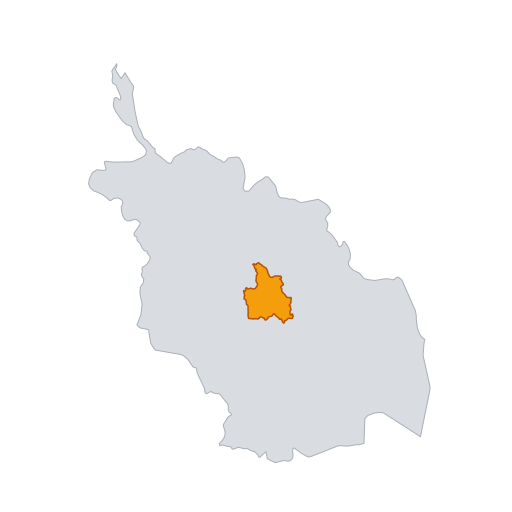 Afghanistan, with Daykundi highlighted, rotated 263°
{"feature_id": "AFG-1753", "entity_name": "Daykundi", "entity_type": "Province", "adm_level": 1, "iso_a3": "AFG", "parent_name": "Afghanistan", "parent_adm1": "", "projection": "robinson", "projection_center": [66.112, 33.734], "detail": "fine", "context": "in_parent", "style": "filled", "palette": "amber", "viewbox_px": 512, "rotation_deg": 263, "n_neighbors": 0, "source": "natural_earth", "source_scale": "10m", "svg_char_len": 8183}
<svg xmlns="http://www.w3.org/2000/svg" viewBox="0 0 512 512"><g transform="rotate(263 256 256)"><path d="M222.3,137.1L232.5,136.2L239.4,137.5L243.1,140.9L246.6,141.8L250.1,140.2L252.3,139.9L253.1,140.9L254.9,141.4L257.5,141.2L259.0,142.2L259.4,144.2L261.4,146.9L265.0,150.1L268.1,150.8L272.3,148.3L273.7,148.6L274.3,147.8L274.7,146.0L277.2,144.3L281.8,142.7L284.4,141.3L285.3,140.1L286.8,139.8L288.5,140.2L289.7,139.7L290.6,138.1L292.2,137.5L293.6,137.8L300.0,143.6L302.4,145.3L303.5,145.0L306.7,141.9L307.1,139.0L306.2,135.3L306.7,132.2L308.8,129.9L312.6,128.5L318.1,128.0L321.6,128.3L322.9,129.5L324.6,130.1L326.7,130.3L328.7,128.9L330.4,126.1L330.5,122.6L328.8,118.4L329.2,117.1L332.0,115.0L335.0,111.8L337.8,107.8L340.5,102.8L343.8,99.8L347.9,98.6L352.8,100.0L358.7,103.8L361.0,108.5L359.7,114.2L359.6,117.3L360.8,117.8L367.4,116.8L368.3,117.6L368.3,119.1L367.4,121.5L366.3,128.2L364.6,144.7L367.6,154.5L369.6,158.3L371.6,159.6L373.5,160.0L375.5,159.7L379.5,157.2L385.4,152.5L391.3,149.7L399.8,148.1L402.5,143.1L406.4,139.8L415.3,134.9L420.2,133.1L423.0,132.7L429.9,134.6L430.3,136.1L429.9,137.7L428.0,139.0L427.4,140.0L428.2,140.8L430.9,141.1L442.8,137.7L445.3,134.7L447.9,134.6L453.0,135.8L456.8,135.4L458.9,136.7L463.6,141.1L462.2,141.3L460.1,140.5L458.9,139.0L454.1,140.9L448.8,143.6L449.0,144.3L453.8,148.3L444.0,152.7L439.6,155.1L438.6,155.2L431.8,153.0L413.1,153.6L399.0,155.0L393.5,157.2L388.3,158.3L385.7,159.5L384.0,161.8L376.2,166.9L374.8,168.8L370.5,168.6L366.0,173.6L359.5,179.5L358.2,182.3L359.2,183.7L362.8,185.9L364.4,187.9L367.0,193.6L368.1,197.7L369.7,199.5L370.6,204.3L369.1,207.0L369.1,208.4L371.4,212.1L370.8,213.2L369.2,214.9L366.7,219.6L362.1,223.0L360.2,226.1L357.0,229.5L355.6,232.3L354.2,233.9L352.8,234.7L353.2,236.3L354.5,238.2L356.6,240.3L356.6,249.0L355.5,251.4L349.7,253.8L344.0,254.8L337.1,254.9L334.5,254.5L324.8,251.4L321.8,252.9L321.2,256.7L326.8,262.9L329.0,266.4L331.6,272.1L333.5,275.1L332.9,277.9L323.0,284.0L316.7,284.6L312.8,285.7L310.9,287.2L309.5,293.7L308.1,296.1L308.2,299.0L306.9,302.2L304.9,304.3L303.5,307.6L304.7,324.9L299.1,331.8L295.9,334.3L292.8,335.4L290.3,335.0L287.0,331.1L284.8,329.6L282.6,329.9L280.3,331.2L276.7,330.8L273.6,329.4L272.0,329.6L271.1,330.9L267.8,333.9L259.7,338.4L256.4,338.7L255.0,339.9L255.6,341.7L257.0,343.2L259.6,344.3L259.7,345.5L255.6,347.8L251.4,349.3L246.5,349.9L241.5,349.0L238.9,347.0L235.8,346.8L233.1,348.3L230.2,350.7L226.2,356.8L220.4,360.5L218.9,364.3L217.2,371.1L217.7,381.1L217.0,385.5L215.7,388.4L216.0,390.7L217.9,393.3L217.2,395.0L215.5,396.9L213.9,398.0L182.0,407.6L176.8,407.8L174.1,407.4L165.0,407.4L161.3,408.1L157.5,409.4L154.7,411.0L152.6,413.4L148.8,412.1L136.9,409.7L104.7,412.8L101.6,412.2L56.6,397.2L84.8,363.3L85.6,360.5L85.8,354.9L84.1,347.6L81.4,344.2L56.8,340.3L56.1,334.5L56.5,331.9L56.1,327.0L56.2,323.2L57.4,316.9L57.5,314.0L50.2,285.9L50.2,283.1L54.9,276.7L60.8,270.4L60.5,269.2L57.6,268.5L53.2,268.5L50.8,267.5L49.0,265.7L48.4,263.2L49.6,258.7L48.6,249.9L53.3,242.5L60.4,242.1L56.8,236.6L56.1,236.1L55.8,235.2L56.2,234.2L58.0,233.9L62.4,230.4L62.6,228.5L66.2,223.4L66.0,221.1L68.4,215.2L67.2,211.1L67.1,209.0L69.7,207.6L71.4,202.0L72.4,200.6L72.5,199.2L72.0,196.9L74.4,196.6L76.5,199.5L80.0,202.5L82.2,203.4L85.1,203.9L91.4,202.9L92.7,203.0L99.3,208.4L100.4,209.7L100.9,211.8L102.0,212.5L104.3,210.4L106.5,209.7L110.7,210.3L113.0,209.6L123.7,203.0L124.6,198.7L125.6,196.3L127.1,194.9L125.4,190.0L126.0,189.1L127.4,188.7L131.0,188.7L147.2,183.3L151.4,183.3L152.4,182.9L152.6,181.4L153.8,179.8L161.5,175.9L165.9,171.9L167.5,168.9L174.9,144.5L178.7,142.4L182.7,140.8L196.0,140.4L198.5,132.9L199.7,131.1L202.1,129.4L211.9,134.7L222.3,137.1Z" fill="#d9dde1" stroke="#a8b0b8" stroke-width="1"/><path d="M247.9,251.9L248.4,252.3L248.5,252.5L248.3,253.1L248.0,254.0L247.9,254.2L247.8,254.3L247.5,254.6L247.4,254.8L247.3,255.0L247.7,255.4L248.2,255.6L248.4,255.8L248.6,256.4L249.0,257.6L249.0,257.9L248.9,258.0L248.2,258.4L248.0,258.5L247.8,258.7L246.8,260.2L246.2,260.7L244.4,262.3L244.1,262.6L243.8,263.1L243.6,263.5L243.1,264.2L242.5,264.6L241.9,264.9L239.2,265.7L238.3,265.7L236.7,266.1L234.1,267.1L233.8,267.3L233.6,267.4L233.3,267.8L232.9,268.8L232.9,269.0L232.9,269.6L233.8,272.2L233.8,273.1L233.7,273.4L233.6,273.7L233.6,274.1L233.5,275.5L233.4,275.9L233.3,276.0L233.1,276.6L232.9,278.2L231.9,278.5L231.6,278.5L231.1,278.5L230.9,278.4L230.6,277.7L230.5,277.0L230.4,276.9L230.1,277.0L229.5,277.7L229.2,278.0L228.9,278.2L228.4,278.3L227.8,278.3L227.0,278.6L225.0,279.7L224.1,279.5L223.8,279.1L223.5,278.6L223.4,278.3L223.3,278.2L223.3,277.8L223.2,277.6L222.8,277.0L222.7,276.9L222.4,276.8L222.1,276.8L221.7,276.9L220.3,277.5L219.9,277.6L219.6,277.6L219.3,277.5L218.7,277.2L218.3,277.2L217.9,277.3L217.3,277.6L213.8,280.2L212.9,280.7L212.4,280.8L211.6,281.3L211.4,281.5L211.2,281.7L211.0,282.3L210.6,283.9L210.6,284.2L210.6,284.5L210.6,285.0L210.5,285.5L210.3,285.7L210.2,285.8L209.7,285.8L208.9,285.6L205.2,284.8L204.5,284.4L203.3,283.2L203.1,283.0L202.9,283.0L202.6,283.0L202.3,283.3L202.0,283.9L201.9,284.1L201.7,284.1L200.5,283.9L200.2,283.9L199.9,283.9L199.6,284.0L199.0,284.2L198.8,284.3L198.6,284.2L196.9,283.1L196.6,283.0L196.3,282.9L196.0,282.8L193.7,282.7L193.4,282.8L193.4,283.1L193.6,283.8L193.9,284.9L194.0,285.1L193.9,285.3L193.7,285.3L193.3,285.0L193.0,284.8L192.7,284.7L192.3,284.8L192.1,285.0L192.0,285.4L191.9,285.6L191.7,285.6L190.6,284.9L189.7,284.7L189.7,284.2L189.7,283.8L189.7,283.5L189.8,283.2L189.8,282.9L189.8,282.7L189.9,282.3L190.0,282.1L190.0,281.7L190.1,281.4L190.1,281.2L190.2,280.9L190.1,280.3L190.0,280.0L189.9,279.8L189.5,279.5L189.2,279.2L188.9,278.8L188.3,277.6L188.2,277.3L188.2,277.1L188.3,277.0L188.3,276.8L188.3,276.6L188.1,276.4L187.1,276.3L186.6,276.0L186.0,275.3L186.8,274.7L187.3,274.4L187.9,274.1L188.7,274.0L189.3,273.8L190.4,273.2L190.4,272.7L190.3,272.4L190.2,272.3L190.2,272.2L190.3,272.0L190.7,271.4L190.8,271.3L191.0,271.3L191.3,271.2L191.5,271.2L191.7,270.9L191.8,270.8L192.8,270.0L193.6,269.0L194.6,268.1L194.8,268.0L195.2,267.9L195.6,267.6L196.4,267.1L196.4,266.9L196.5,266.7L196.3,266.4L196.2,266.0L195.8,265.6L195.3,265.2L194.7,264.9L194.4,264.4L194.2,262.4L194.0,261.4L193.8,261.0L193.7,260.8L193.5,260.6L193.4,260.5L193.2,260.4L192.9,260.4L192.8,260.2L192.7,260.1L192.6,259.9L192.6,259.7L192.4,259.5L191.7,259.0L191.6,258.9L191.4,258.3L191.4,258.2L191.3,257.9L191.3,257.7L191.4,257.3L191.6,257.2L192.3,256.8L192.4,256.7L192.5,256.6L193.2,256.5L193.3,256.5L193.4,256.3L193.6,256.0L193.8,255.3L194.2,254.7L194.6,254.5L194.8,254.1L195.0,253.3L194.8,252.2L194.7,252.1L194.2,252.0L194.1,251.9L193.9,251.8L193.9,251.7L193.7,251.2L193.5,250.9L193.4,250.8L193.3,250.7L193.4,249.7L193.5,249.1L193.7,248.5L193.7,248.1L193.7,247.8L193.7,247.6L194.1,246.9L194.1,246.7L194.0,246.4L193.9,246.4L193.8,246.1L193.8,245.8L194.0,244.9L194.1,244.4L194.5,243.4L194.6,243.1L194.5,242.8L194.6,242.3L194.9,241.2L195.2,241.0L197.9,240.9L199.0,241.0L201.2,241.4L205.0,241.7L206.9,242.0L207.2,242.0L207.5,241.9L208.0,241.7L208.4,241.5L208.6,241.3L209.0,240.8L209.1,240.7L209.3,240.7L210.4,240.7L210.9,240.8L211.1,240.8L212.2,240.6L213.0,240.7L213.3,240.7L213.6,240.5L213.8,240.4L214.4,239.7L214.5,239.6L214.7,239.1L214.9,239.0L215.3,239.0L216.8,239.3L217.1,239.4L217.4,239.5L217.5,239.6L217.9,240.0L218.0,240.1L218.3,240.1L218.6,239.9L222.2,239.4L222.9,239.6L222.4,240.4L222.3,240.5L222.6,241.0L222.8,241.4L223.9,241.4L224.8,241.8L225.1,242.0L225.4,242.1L225.5,242.3L225.6,242.5L225.6,242.9L225.5,243.0L225.3,243.0L225.0,243.1L224.9,243.2L224.5,243.5L224.3,243.7L224.2,243.9L224.2,244.1L224.3,245.4L224.7,246.5L224.6,247.1L223.9,248.6L223.7,249.2L223.7,250.2L223.7,250.7L223.7,251.0L223.9,251.2L224.2,251.6L225.8,253.2L227.5,254.1L228.1,254.1L228.9,253.8L229.2,253.7L229.4,253.6L229.5,253.5L229.8,253.4L230.1,253.2L231.0,253.0L231.5,253.0L236.7,254.1L236.9,254.2L237.0,254.3L237.2,254.6L237.3,254.7L237.3,254.8L237.5,254.9L238.6,255.3L238.8,255.3L239.0,255.3L240.6,254.3L240.9,254.2L241.4,254.0L241.6,254.0L241.8,254.0L242.0,254.2L242.4,254.7L242.5,254.7L242.9,254.4L243.0,254.3L243.2,253.8L243.3,253.7L243.6,253.4L244.5,253.2L247.0,252.8L247.2,252.6L247.5,252.4L247.9,251.9Z" fill="#f59e0b" stroke="#b45309" stroke-width="1.5"/></g></svg>